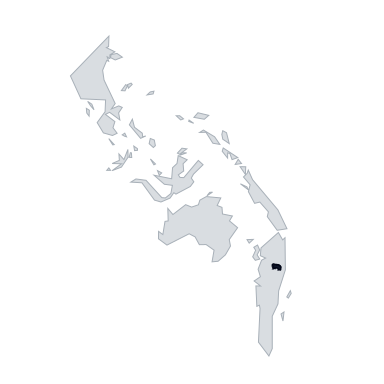 Musi Rawas Utara, Sumatera Selatan, Indonesia (highlighted), rotated 223°
{"feature_id": "22746128B26074251210079", "entity_name": "Musi Rawas Utara", "entity_type": "district", "adm_level": 2, "iso_a3": "IDN", "parent_name": "Indonesia", "parent_adm1": "Sumatera Selatan", "projection": "natural_earth1", "projection_center": [102.781, -2.706], "detail": "fine", "context": "in_parent", "style": "filled", "palette": "ink", "viewbox_px": 384, "rotation_deg": 223, "n_neighbors": 0, "source": "geoboundaries", "source_scale": "gbopen_adm2", "svg_char_len": 5420}
<svg xmlns="http://www.w3.org/2000/svg" viewBox="0 0 384 384"><g transform="rotate(223 192 192)"><path d="M129.7,154.6L136.2,164.5L145.8,163.2L150.7,158.5L159.1,161.3L165.6,159.5L174.1,136.1L184.6,134.9L189.6,140.4L184.3,141.0L191.7,152.1L189.7,154.6L198.5,163.5L190.6,162.5L188.0,178.4L182.0,180.7L178.6,187.0L180.7,191.4L178.4,198.4L166.9,207.3L164.4,199.3L159.6,201.2L154.7,196.7L146.1,202.0L144.9,196.4L134.3,197.0L132.3,182.6L127.0,178.7L124.7,168.8L125.7,159.1L129.7,154.6ZM23.9,124.5L41.0,127.5L62.8,153.2L65.5,155.2L66.6,152.6L81.2,166.9L77.7,170.0L85.9,169.3L84.2,176.7L91.0,180.6L94.6,189.6L93.1,193.9L98.6,192.0L103.4,198.2L101.2,221.3L93.0,218.8L92.8,222.0L70.6,198.7L61.2,178.8L52.8,168.8L48.6,155.9L26.5,132.2L23.9,124.5ZM360.1,194.0L359.1,249.4L352.2,241.5L353.1,239.2L344.0,241.9L345.6,236.3L343.1,233.5L344.0,233.1L345.5,233.3L346.3,233.0L342.1,230.8L344.1,230.1L340.4,220.1L332.7,213.9L308.5,204.3L307.6,197.8L304.3,205.0L300.7,206.3L299.6,199.8L293.9,195.5L306.6,194.1L308.3,189.7L296.4,190.9L293.6,185.1L286.8,183.9L288.7,179.1L297.1,174.8L308.7,178.1L310.3,191.4L318.0,200.4L336.8,184.4L360.1,194.0ZM241.9,163.3L233.6,169.2L210.2,167.3L207.4,169.5L206.4,176.5L210.9,183.5L217.5,178.8L231.2,178.4L215.9,187.8L222.8,196.5L222.4,202.6L226.9,209.2L217.5,212.3L217.8,206.6L212.4,201.7L213.7,195.2L210.7,194.5L207.8,196.9L208.9,219.4L202.5,219.5L203.1,206.1L202.0,201.7L197.6,200.7L197.0,194.9L202.3,179.5L204.8,179.1L203.9,172.6L207.9,163.5L213.9,160.5L234.9,164.6L243.5,157.5L241.9,163.3ZM103.6,222.1L120.1,225.3L122.6,229.6L135.5,230.9L138.5,226.4L151.0,230.7L154.4,236.9L164.6,238.1L164.4,243.3L165.8,246.4L156.1,242.3L117.0,237.5L97.5,229.9L103.6,222.1ZM262.8,164.6L269.8,158.4L266.7,165.6L271.4,170.0L263.9,169.3L267.9,179.4L262.5,173.9L260.6,162.1L265.0,153.1L262.8,164.6ZM266.2,196.2L283.6,198.4L285.3,204.6L278.2,200.1L268.5,201.1L265.7,198.7L264.0,201.5L266.2,196.2ZM225.9,245.1L213.1,247.8L204.1,245.8L210.0,241.9L222.5,245.2L227.0,240.8L225.9,245.1ZM189.1,241.1L197.7,242.4L199.2,245.5L182.0,248.4L184.8,243.0L190.6,246.0L192.6,244.9L189.1,241.1ZM241.5,247.9L241.7,254.0L232.0,259.5L232.6,253.6L241.5,247.9ZM103.4,186.0L105.7,192.8L109.1,193.7L107.9,197.9L103.0,195.8L101.5,190.4L96.7,189.2L99.1,185.2L103.4,186.0ZM341.4,242.2L334.9,243.1L338.2,236.2L343.3,234.7L344.8,237.3L341.4,242.2ZM205.5,251.6L209.5,254.5L211.3,257.8L207.2,258.9L197.8,252.8L205.5,251.6ZM256.3,198.1L259.0,202.7L255.0,204.3L250.4,200.9L250.6,198.2L256.3,198.1ZM165.0,241.3L174.1,243.3L169.9,247.1L165.0,241.3ZM179.2,241.6L180.5,247.4L175.2,246.6L179.2,241.6ZM119.3,194.7L114.9,199.1L115.3,193.6L119.3,194.7ZM312.8,218.0L313.7,225.3L311.7,225.7L310.0,220.3L312.8,218.0ZM162.2,231.0L155.3,233.2L152.3,232.0L162.2,231.0ZM229.2,210.5L229.2,217.2L225.2,220.0L226.8,211.1L229.2,210.5ZM37.5,159.7L43.7,163.5L42.9,167.0L37.5,159.7ZM52.8,186.9L50.3,185.5L49.2,180.1L51.1,179.9L52.8,186.9ZM288.6,239.8L287.3,237.2L291.1,232.3L290.8,236.7L288.6,239.8ZM282.1,172.4L289.3,174.3L281.2,173.6L282.1,172.4ZM238.4,185.9L245.0,187.8L237.8,187.6L238.4,185.9ZM226.1,213.8L222.6,217.0L225.7,211.1L226.1,213.8ZM319.0,177.3L322.8,178.0L326.3,181.1L322.9,181.8L319.0,177.3ZM255.5,237.0L253.0,239.4L248.1,239.7L249.4,237.0L255.5,237.0ZM312.4,226.6L310.8,230.1L309.1,229.9L309.3,224.5L312.4,226.6ZM265.9,185.9L261.5,186.5L260.3,185.3L262.2,183.1L265.9,185.9ZM319.7,185.3L325.0,185.9L330.1,187.1L325.2,187.9L319.7,185.3ZM227.3,181.9L231.8,184.1L227.2,185.3L227.3,181.9ZM269.3,152.9L266.3,152.3L269.1,149.7L269.3,152.9ZM237.6,243.4L242.6,241.4L243.2,242.6L237.6,243.4ZM282.0,186.2L281.3,189.2L277.5,187.7L279.4,186.8L282.0,186.2ZM178.8,203.8L176.9,205.9L178.5,199.4L178.8,203.8ZM261.6,174.5L263.9,178.7L263.0,179.3L259.6,176.1L261.6,174.5Z" fill="#d9dde1" stroke="#a8b0b8" stroke-width="1"/><path d="M77.2,198.2L77.3,198.2L77.5,198.1L77.8,198.0L77.9,197.9L78.0,197.8L78.1,197.7L78.2,197.8L78.3,197.7L78.5,197.6L78.7,197.4L78.8,197.4L79.0,197.4L79.3,197.2L79.5,197.2L79.5,197.3L79.6,197.2L79.7,197.3L79.8,197.2L80.0,197.1L80.1,196.7L80.4,196.7L80.3,196.3L80.6,196.3L80.9,196.2L81.0,196.1L81.3,196.1L81.5,196.0L81.7,195.8L81.7,195.5L81.9,195.5L81.9,195.4L82.0,195.4L82.3,195.3L82.4,195.2L82.5,195.2L82.7,195.3L82.8,195.3L82.9,195.2L82.9,195.3L82.9,195.2L83.3,195.0L83.5,194.7L83.7,194.0L83.7,193.8L83.6,193.6L83.5,193.4L83.4,193.4L83.2,193.3L83.2,193.2L83.0,192.9L82.9,192.8L82.8,193.0L82.7,193.2L82.6,193.3L82.4,193.2L82.2,193.1L82.2,192.9L82.0,192.7L81.9,192.7L81.8,192.8L81.8,192.7L81.7,192.7L81.5,192.4L81.4,192.4L81.4,192.2L81.2,192.3L81.1,192.2L81.1,191.9L81.0,191.7L80.9,191.7L80.7,191.6L80.4,191.6L80.2,191.5L80.2,191.4L80.1,191.5L79.9,191.6L79.9,191.8L79.8,192.0L80.0,192.1L80.1,192.3L79.9,192.5L79.7,192.7L79.7,192.8L79.5,193.1L79.5,193.3L79.4,193.4L79.2,193.5L79.0,193.8L78.9,193.7L78.9,193.8L78.7,193.8L78.6,194.0L78.4,194.0L78.2,194.2L78.2,194.3L78.2,194.5L77.9,194.6L77.7,194.6L77.4,194.6L77.3,194.8L77.2,194.8L76.9,194.7L76.7,194.7L76.5,194.4L76.4,194.3L76.2,194.3L75.8,194.2L75.7,194.0L75.5,194.3L75.5,194.2L75.5,194.3L75.4,194.4L75.4,194.5L75.2,194.8L74.9,194.8L74.7,194.9L74.6,195.0L74.4,195.2L74.4,195.3L74.2,195.3L74.2,195.5L74.3,195.6L74.5,195.8L74.6,196.1L74.6,196.3L74.8,196.4L75.0,196.5L75.3,196.7L75.3,196.8L75.3,197.0L75.4,197.3L75.5,197.5L75.8,197.7L75.9,197.8L76.0,197.9L76.3,197.8L76.4,197.7L76.5,197.7L76.6,197.8L76.9,197.8L77.0,197.9L77.1,198.0L77.2,198.2Z" fill="#0f172a" stroke="#020617" stroke-width="1.5"/></g></svg>